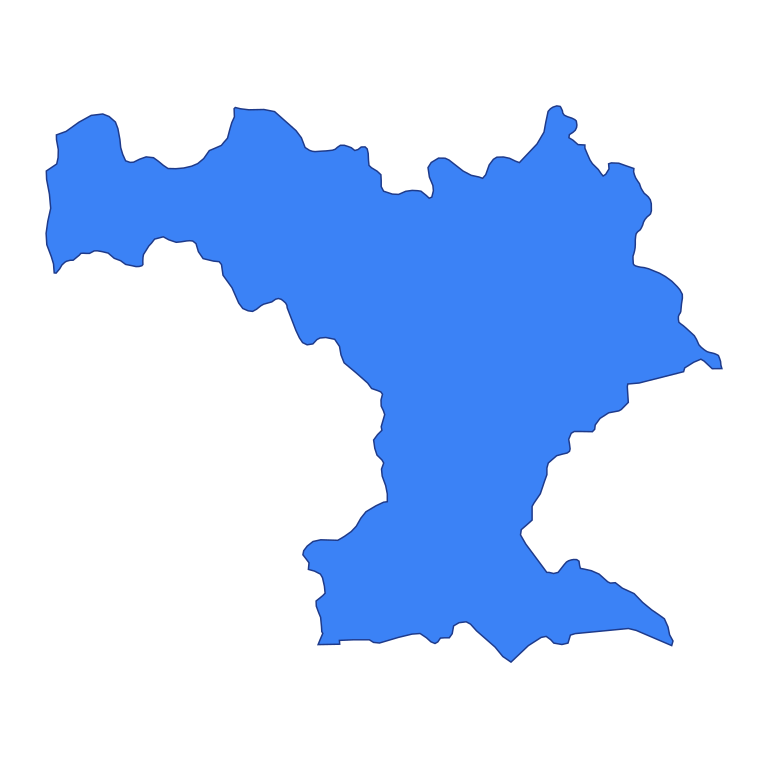 outline of Las Cañas, Cerro Largo, Uruguay
{"feature_id": "84410073B95825273384383", "entity_name": "Las Cañas", "entity_type": "district", "adm_level": 2, "iso_a3": "URY", "parent_name": "Uruguay", "parent_adm1": "Cerro Largo", "projection": "mercator", "projection_center": [-53.783, -32.451], "detail": "fine", "context": "isolated", "style": "filled", "palette": "blue", "viewbox_px": 768, "rotation_deg": 0, "n_neighbors": 0, "source": "geoboundaries", "source_scale": "gbopen_adm2", "svg_char_len": 5691}
<svg xmlns="http://www.w3.org/2000/svg" viewBox="0 0 768 768"><path d="M721.9,368.6L720.9,365.1L720.6,361.7L720.5,361.2L719.5,358.2L718.4,355.5L717.0,354.7L714.5,353.6L711.8,352.9L709.4,352.4L707.0,351.6L704.4,349.9L701.3,347.4L698.9,344.8L696.5,339.4L694.3,335.7L686.7,328.7L683.4,325.8L680.8,323.9L678.9,322.3L678.4,319.5L678.4,316.4L679.4,314.1L680.3,312.9L680.8,311.4L681.5,303.9L682.4,298.1L682.3,294.3L681.0,291.9L679.9,289.8L677.3,286.7L671.9,281.3L665.5,276.6L659.5,273.2L653.8,270.9L648.7,268.8L644.2,267.6L640.7,267.2L637.9,266.6L635.3,265.8L634.0,264.9L633.3,263.8L633.0,258.9L633.0,256.1L633.8,253.8L634.6,250.7L635.1,247.8L635.3,244.4L635.3,242.4L635.3,239.9L635.7,235.9L636.2,233.7L637.6,231.8L640.2,229.8L641.4,227.8L642.7,225.0L643.5,222.2L645.0,219.4L647.2,216.8L649.3,215.1L650.5,213.9L651.4,210.8L651.3,203.7L650.3,199.8L648.4,197.0L646.4,195.1L644.2,193.3L642.5,190.7L641.0,188.1L640.0,185.3L639.5,183.7L637.8,181.3L635.7,178.0L634.5,175.0L633.6,171.8L633.9,168.5L625.8,165.7L618.8,163.2L611.3,162.9L608.6,163.8L609.0,168.9L605.7,174.3L603.1,176.0L601.0,173.5L598.3,169.5L592.4,163.7L590.0,160.0L587.5,154.4L584.9,148.2L584.9,145.0L578.0,144.6L572.9,140.1L568.9,137.7L569.4,134.6L573.1,132.2L575.3,130.2L576.6,127.4L576.9,125.0L576.3,121.0L574.8,119.6L571.8,118.1L567.5,116.7L564.3,115.2L562.8,113.1L562.4,110.7L560.8,107.3L560.1,106.4L556.8,105.9L553.0,107.1L550.4,108.8L548.1,111.4L545.8,122.2L544.0,132.1L537.0,144.0L519.4,162.6L515.6,161.2L509.6,158.3L503.5,157.0L496.8,157.2L493.4,159.3L489.2,164.9L485.7,174.8L482.6,178.3L479.0,177.0L471.2,175.3L463.2,171.1L449.0,160.0L445.1,158.2L438.5,158.1L431.2,162.5L428.0,167.6L429.4,177.1L432.9,185.5L433.4,190.8L431.8,197.1L429.2,198.2L426.2,195.4L421.0,191.2L417.7,190.7L412.2,190.4L405.7,191.3L398.6,194.4L392.4,194.1L383.6,191.2L381.2,186.6L381.2,180.7L380.9,174.7L377.0,171.1L371.4,167.7L369.0,165.4L368.5,160.4L368.2,153.5L367.2,148.9L365.1,146.9L361.2,147.0L358.1,149.5L354.8,150.5L351.3,147.7L348.4,146.6L344.4,145.3L340.4,145.3L337.4,147.3L335.3,149.2L332.5,150.2L326.1,150.9L322.2,151.1L315.0,151.6L312.4,151.3L309.6,150.4L305.1,147.5L301.4,137.8L296.0,130.6L274.6,111.6L263.9,109.5L248.9,109.8L240.6,108.8L235.3,107.5L234.1,108.7L234.4,116.9L231.8,122.6L229.9,129.1L227.5,138.2L223.8,142.4L221.4,145.4L214.3,148.5L209.3,150.6L203.7,158.6L197.7,163.6L191.6,166.2L183.8,168.0L175.8,168.7L168.0,168.5L163.4,165.4L158.3,161.2L153.5,157.7L146.1,156.9L139.6,159.2L133.5,162.2L130.1,162.4L125.6,160.8L122.7,154.3L120.7,147.6L119.9,139.5L117.9,128.6L115.4,122.0L109.1,116.5L102.8,114.0L91.2,115.4L78.9,122.2L66.1,131.4L56.4,134.9L56.5,139.7L58.3,149.6L58.1,157.6L56.7,164.0L46.3,171.0L46.6,179.3L49.4,194.0L50.7,208.3L47.8,221.3L46.1,233.3L46.8,244.7L51.3,256.6L53.5,263.9L54.2,272.9L56.1,273.1L59.7,268.8L61.9,265.0L64.8,262.3L66.4,261.3L70.0,260.3L73.2,260.2L79.4,255.1L80.8,253.4L82.9,253.2L86.4,253.4L89.5,253.4L92.5,251.8L94.2,250.9L97.2,250.8L100.9,251.4L102.4,251.7L108.2,253.1L114.2,258.3L120.6,260.7L125.6,264.4L132.0,265.7L136.0,266.6L139.1,266.5L141.9,265.7L142.9,264.5L142.8,261.0L143.0,257.3L143.5,254.5L146.1,250.4L148.8,246.0L151.5,243.1L154.6,239.1L163.3,236.8L168.8,239.8L176.2,242.3L181.1,241.8L186.9,240.9L189.8,240.7L192.7,241.0L196.0,243.6L198.4,251.7L203.1,258.6L213.5,261.1L219.2,261.7L221.5,264.6L223.0,275.2L232.0,287.7L238.7,303.0L242.8,308.5L248.1,310.8L252.6,311.4L256.6,309.2L260.8,305.8L263.6,304.2L271.8,301.9L275.6,299.2L278.4,298.5L281.2,299.3L283.3,300.9L285.6,303.0L286.9,305.3L287.2,307.8L292.6,321.8L295.9,330.4L299.4,337.8L302.6,342.6L307.1,344.8L312.9,343.9L316.9,339.6L320.0,338.0L325.8,337.5L334.7,339.3L339.5,346.4L341.0,354.9L344.1,362.8L356.3,373.0L367.7,383.1L371.6,388.5L377.7,390.6L380.8,391.9L382.5,394.2L381.0,400.0L381.2,406.1L383.4,410.7L384.7,414.6L381.2,426.7L381.9,430.3L377.6,434.6L373.6,440.0L374.8,448.4L377.0,455.1L381.9,459.9L383.7,463.0L381.5,469.1L382.2,476.1L385.7,485.7L387.3,493.9L387.3,501.7L383.6,502.2L376.1,505.7L366.0,511.7L360.9,518.1L356.3,526.2L351.2,531.6L344.4,536.4L337.8,540.3L320.7,539.8L313.0,541.5L307.2,546.1L303.7,550.7L302.9,554.8L305.7,558.4L309.0,562.8L308.4,569.4L314.5,571.1L320.4,574.1L322.5,577.7L324.4,586.2L325.1,593.2L322.8,595.6L316.1,601.0L316.3,606.2L318.7,612.7L320.6,617.3L321.5,626.6L321.8,631.6L322.8,633.4L320.1,639.7L318.1,644.6L339.7,644.2L339.4,640.4L341.3,640.3L353.1,639.8L369.4,639.8L373.5,642.4L379.5,643.0L398.4,637.4L412.0,634.1L420.1,633.5L426.5,637.8L430.9,641.8L435.0,643.5L437.8,641.9L440.4,638.1L444.3,637.8L449.3,637.8L452.2,633.7L453.6,625.9L459.0,622.7L466.2,621.8L470.5,624.1L476.5,630.8L495.0,647.0L502.8,656.5L511.0,662.1L528.4,645.6L541.2,637.4L546.2,636.4L550.7,639.7L553.8,643.1L561.9,644.5L568.0,643.1L570.4,635.1L575.2,633.6L628.4,628.5L636.2,630.4L671.7,645.6L673.0,641.0L669.6,634.8L668.0,626.9L664.4,618.8L658.3,614.4L651.7,609.9L642.6,602.4L634.1,593.6L622.4,588.2L615.3,582.7L610.4,583.1L607.7,581.8L599.1,574.1L591.4,570.7L583.8,569.0L580.4,568.4L579.6,565.4L579.0,561.2L576.7,559.6L573.7,559.5L571.3,559.9L568.5,560.8L566.5,562.0L564.2,564.6L558.1,572.4L553.6,573.5L549.1,572.4L546.8,572.4L543.8,568.3L525.8,544.1L520.5,534.9L521.3,529.6L526.5,525.1L532.1,520.1L532.1,506.4L533.9,503.2L540.3,493.8L542.4,487.6L544.5,481.3L546.9,474.7L546.9,468.0L548.3,463.0L552.3,459.5L556.7,455.7L562.5,454.1L567.2,453.0L569.5,451.3L570.1,448.9L569.5,444.0L568.7,439.3L570.0,436.2L571.2,433.3L574.2,431.5L580.5,431.5L592.4,431.7L594.7,429.3L595.2,425.0L600.0,418.4L608.7,412.8L618.8,410.9L621.3,409.5L628.3,402.4L627.3,386.7L627.8,384.0L639.2,383.0L644.2,381.7L683.6,371.7L684.7,367.9L693.8,362.2L700.9,359.2L704.1,361.1L712.2,368.7L721.9,368.6Z" fill="#3b82f6" stroke="#1e3a8a" stroke-width="1.5"/></svg>